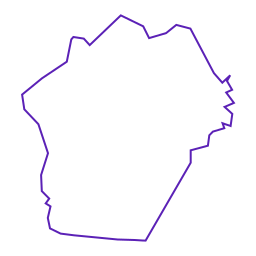 Wayne, Kentucky, United States of America (Equal Earth projection)
{"feature_id": "52423323B81930559101478", "entity_name": "Wayne", "entity_type": "district", "adm_level": 2, "iso_a3": "USA", "parent_name": "United States of America", "parent_adm1": "Kentucky", "projection": "equal_earth", "projection_center": [-84.809, 36.8], "detail": "fine", "context": "isolated", "style": "outline", "palette": "violet", "viewbox_px": 256, "rotation_deg": 0, "n_neighbors": 0, "source": "geoboundaries", "source_scale": "gbopen_adm2", "svg_char_len": 674}
<svg xmlns="http://www.w3.org/2000/svg" viewBox="0 0 256 256"><path d="M22.1,94.6L24.3,109.3L38.4,124.2L48.0,153.2L41.1,175.0L41.8,191.1L49.2,198.6L45.7,203.4L50.5,206.4L47.8,217.9L50.0,228.4L60.6,233.6L74.0,235.3L110.4,238.8L117.6,239.5L134.6,240.0L142.6,240.5L145.6,240.6L190.7,162.7L190.7,150.3L207.9,145.7L209.3,135.3L212.9,131.6L224.3,128.2L222.6,123.3L230.6,126.0L232.3,113.9L224.6,106.9L233.9,102.9L226.2,92.5L232.1,89.8L227.0,81.0L230.2,75.3L222.3,82.7L213.9,73.1L190.4,28.6L176.3,24.9L166.1,33.1L149.1,38.1L143.2,26.3L132.5,21.1L120.8,15.4L89.7,45.1L83.8,38.6L73.4,37.0L71.3,39.4L66.8,61.7L42.0,78.3L22.1,94.6Z" fill="none" stroke="#5b21b6" stroke-width="2"/></svg>